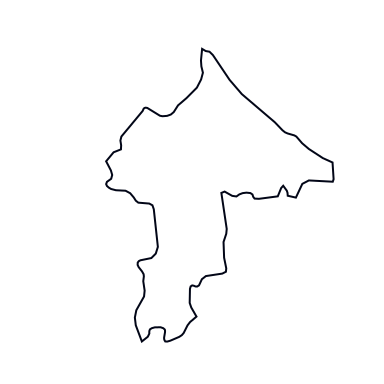 the Province of Ravenna, rotated 323°
{"feature_id": "ITA-5364", "entity_name": "Ravenna", "entity_type": "Province", "adm_level": 1, "iso_a3": "ITA", "parent_name": "Italy", "parent_adm1": "", "projection": "orthographic", "projection_center": [11.905, 44.374], "detail": "fine", "context": "isolated", "style": "outline", "palette": "ink", "viewbox_px": 384, "rotation_deg": 323, "n_neighbors": 0, "source": "natural_earth", "source_scale": "10m", "svg_char_len": 1818}
<svg xmlns="http://www.w3.org/2000/svg" viewBox="0 0 384 384"><g transform="rotate(323 192 192)"><path d="M286.2,83.8L287.8,87.7L290.4,90.5L291.1,95.2L289.5,125.1L290.7,143.8L300.1,186.1L301.4,197.1L302.2,200.3L303.6,202.8L307.8,208.4L308.7,210.5L309.3,219.4L311.2,227.9L316.9,243.7L322.0,253.0L312.8,267.0L310.6,268.5L292.3,253.1L285.0,251.9L271.6,259.0L266.2,252.6L267.8,250.1L268.5,248.0L268.6,241.9L265.6,242.5L257.9,247.1L241.3,237.7L238.0,234.9L238.0,232.6L238.8,230.4L238.0,228.0L235.1,225.3L231.8,223.4L228.4,222.4L224.8,222.3L221.8,219.3L218.3,211.3L214.9,210.4L197.5,242.4L194.2,246.0L187.1,250.9L178.1,263.8L173.4,273.6L171.1,276.1L167.1,275.4L152.5,267.5L147.4,267.6L141.4,270.8L139.2,270.6L137.9,269.5L137.0,267.9L135.9,266.7L134.1,266.6L132.1,268.1L123.4,279.2L121.9,283.8L120.6,294.2L112.2,294.7L108.2,295.8L100.5,299.6L97.7,300.2L94.6,300.0L85.2,297.7L82.3,296.6L80.7,295.3L80.8,294.0L81.3,292.6L82.2,291.4L86.0,287.8L86.9,286.7L87.5,285.5L87.1,283.5L85.5,281.1L80.8,277.7L78.0,276.6L75.8,276.4L74.6,277.1L73.6,278.1L72.8,279.3L71.0,280.3L69.5,281.0L62.0,281.2L66.9,264.6L70.8,257.9L76.4,252.9L90.8,246.6L94.8,242.3L99.4,233.9L102.8,230.4L103.9,228.5L104.3,225.3L104.2,219.9L104.7,217.5L106.2,215.7L107.9,215.2L109.7,215.5L119.8,220.3L126.0,219.4L131.7,215.3L151.1,182.8L152.4,178.8L150.9,175.5L142.7,168.2L141.9,165.1L142.2,161.3L141.9,155.8L139.7,151.0L132.3,144.8L129.2,140.9L128.2,138.5L127.7,136.0L128.2,134.0L130.2,132.7L135.4,132.8L138.5,130.4L140.2,126.0L141.9,115.8L153.3,113.1L160.9,115.2L163.5,112.1L165.8,107.8L169.0,105.2L201.3,97.6L203.5,96.4L204.6,96.3L205.8,96.8L206.9,98.0L212.3,111.8L214.0,113.7L217.9,116.2L221.7,117.4L225.5,117.2L233.0,114.4L244.1,113.7L258.7,111.6L267.0,107.6L272.5,103.3L275.1,97.3L278.3,92.4L286.2,83.8Z" fill="none" stroke="#020617" stroke-width="2"/></g></svg>